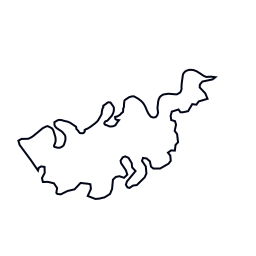 Concordia, Louisiana, United States of America, rotated 235°
{"feature_id": "52423323B66255567298861", "entity_name": "Concordia", "entity_type": "district", "adm_level": 2, "iso_a3": "USA", "parent_name": "United States of America", "parent_adm1": "Louisiana", "projection": "robinson", "projection_center": [-91.593, 31.366], "detail": "fine", "context": "isolated", "style": "outline", "palette": "ink", "viewbox_px": 256, "rotation_deg": 235, "n_neighbors": 0, "source": "geoboundaries", "source_scale": "gbopen_adm2", "svg_char_len": 3391}
<svg xmlns="http://www.w3.org/2000/svg" viewBox="0 0 256 256"><g transform="rotate(235 128 128)"><path d="M82.6,153.4L86.9,157.3L87.6,160.8L94.8,164.7L98.9,164.6L103.2,169.3L106.7,170.4L109.7,168.0L113.4,169.8L116.3,173.3L114.2,180.0L110.8,180.0L109.4,182.0L107.3,186.9L110.7,194.3L107.9,197.4L109.2,201.2L106.3,209.9L112.1,211.2L120.1,210.0L122.3,211.7L123.4,215.5L120.4,222.6L119.3,225.2L119.5,228.7L122.4,225.5L125.0,221.3L127.5,219.8L131.5,218.3L135.0,216.8L137.6,215.1L139.0,213.6L140.6,211.3L141.2,209.4L141.4,208.6L141.5,207.4L141.2,205.7L140.6,204.2L139.9,203.3L134.1,197.9L130.9,195.3L129.7,194.6L128.9,193.9L128.3,193.1L127.3,191.4L127.2,190.9L127.4,188.4L127.5,187.6L127.7,187.1L128.3,186.3L132.0,181.8L133.0,180.6L133.5,179.6L134.7,177.1L135.3,175.7L135.3,175.1L135.3,173.1L135.2,172.5L135.1,171.9L134.0,169.8L132.6,168.1L127.5,163.6L123.4,161.5L121.7,159.4L121.1,157.5L121.1,157.1L121.3,156.1L121.9,155.1L122.5,154.4L124.1,153.2L124.8,153.1L128.3,153.0L131.5,153.5L135.5,154.4L138.4,154.7L140.6,154.6L142.8,154.2L146.3,153.1L150.4,151.1L151.0,150.4L151.8,148.9L152.5,147.0L152.6,145.9L152.7,141.5L152.5,141.0L152.2,140.5L150.4,138.9L147.6,136.7L147.3,136.4L146.6,135.1L144.6,133.7L143.9,132.8L143.9,131.1L143.5,129.4L143.4,128.6L143.7,125.4L144.4,124.2L144.5,123.8L143.1,123.0L142.4,122.8L141.4,123.3L141.0,123.6L139.6,125.1L139.1,123.3L138.5,121.7L137.6,119.6L137.6,118.4L138.0,116.7L139.3,114.4L140.4,113.4L142.6,112.1L143.1,111.6L144.0,111.1L144.7,111.0L145.4,111.3L145.7,111.5L146.4,113.2L146.4,113.5L145.9,114.8L145.9,115.8L147.4,121.9L148.6,124.2L149.7,125.7L151.0,126.9L152.7,128.0L153.5,128.3L158.9,128.3L160.3,126.7L160.6,125.3L160.4,123.9L160.4,121.6L160.4,120.4L159.3,119.9L158.6,118.3L156.5,116.1L154.4,114.2L153.0,111.4L152.2,109.5L151.5,108.1L151.1,106.9L150.7,104.0L150.5,98.1L150.7,94.3L151.1,93.1L151.2,91.3L150.8,90.9L150.0,90.6L149.5,89.5L149.5,88.9L149.5,88.3L149.8,87.8L151.0,86.1L151.4,85.8L152.0,85.6L152.9,85.5L154.4,85.6L156.6,85.2L157.8,85.6L158.4,86.1L158.7,86.2L165.1,83.8L166.4,83.1L167.8,82.2L170.2,80.0L172.6,78.1L174.1,76.3L174.2,76.2L174.4,75.6L174.7,74.5L175.0,71.1L173.0,69.7L172.2,69.4L171.0,69.2L169.2,69.4L168.0,69.8L163.5,71.6L161.6,72.0L158.8,72.2L157.5,72.0L156.8,71.7L155.6,71.0L153.8,69.6L151.6,66.7L151.2,66.1L150.8,65.5L150.7,65.0L150.5,63.7L150.8,61.5L151.1,60.7L151.7,59.6L152.8,58.5L154.5,57.1L154.9,56.9L155.6,57.0L155.9,57.2L156.5,58.0L157.0,59.0L158.1,60.4L158.7,61.1L159.9,62.0L162.1,63.3L168.0,65.2L169.5,65.6L171.3,65.5L172.3,65.1L175.6,63.3L176.2,61.8L176.7,58.5L176.7,57.2L176.3,52.5L175.8,46.0L175.8,43.6L176.3,40.6L176.4,40.1L179.9,34.8L180.1,34.7L180.5,30.9L176.2,29.5L157.6,30.0L144.8,29.9L146.6,32.1L146.3,34.9L144.0,37.3L139.1,34.1L136.3,28.8L132.6,27.3L129.9,31.4L125.2,35.6L119.5,35.5L116.0,32.1L114.5,32.3L112.2,34.9L111.1,42.3L108.4,49.1L110.2,57.6L105.5,63.0L103.5,64.9L99.4,62.7L95.4,56.0L88.6,60.6L86.7,63.8L85.5,66.9L84.8,68.6L84.6,69.0L84.3,75.5L87.2,80.0L94.3,86.0L94.9,90.0L93.4,93.3L89.5,96.2L90.2,100.7L94.5,102.0L103.3,102.2L105.5,103.2L107.0,106.8L106.3,109.5L103.2,111.3L97.2,110.9L93.3,108.8L88.4,109.5L84.8,96.4L82.7,93.7L79.7,93.5L78.0,94.9L78.0,99.0L76.2,102.5L78.0,113.3L80.2,117.0L86.3,120.5L93.0,120.6L94.9,123.1L92.3,125.8L88.2,126.8L83.2,124.7L80.3,125.5L76.4,131.0L75.5,140.7L76.6,144.2L81.1,146.8L84.9,146.6L84.9,150.5L82.6,153.4Z" fill="none" stroke="#020617" stroke-width="2"/></g></svg>